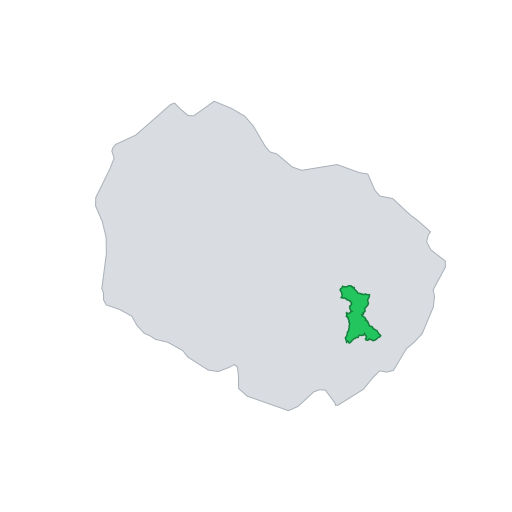 Drugovo, Drugovo, North Macedonia (highlighted), rotated 225°
{"feature_id": "65306769B99207835594431", "entity_name": "Drugovo", "entity_type": "district", "adm_level": 2, "iso_a3": "MKD", "parent_name": "North Macedonia", "parent_adm1": "Drugovo", "projection": "mercator", "projection_center": [20.907, 41.458], "detail": "fine", "context": "in_parent", "style": "filled", "palette": "green", "viewbox_px": 512, "rotation_deg": 225, "n_neighbors": 0, "source": "geoboundaries", "source_scale": "gbopen_adm2", "svg_char_len": 2753}
<svg xmlns="http://www.w3.org/2000/svg" viewBox="0 0 512 512"><g transform="rotate(225 256 256)"><path d="M233.1,136.3L240.8,137.4L257.7,132.5L268.2,125.9L273.5,124.9L280.6,122.3L290.9,122.7L301.3,125.6L314.4,121.8L327.4,115.5L332.6,117.1L338.2,122.4L341.9,123.8L363.4,151.8L375.2,163.2L389.1,171.7L404.9,178.0L410.6,184.0L420.7,213.7L425.5,224.9L432.2,228.3L433.8,231.5L434.1,235.8L426.5,256.5L423.5,302.9L421.6,306.6L413.7,306.4L403.2,307.4L399.2,311.0L395.0,335.8L378.1,342.9L362.8,346.9L349.8,346.0L327.1,340.1L319.7,339.5L313.4,342.9L293.1,344.6L284.2,349.0L263.3,378.0L242.1,387.9L234.9,393.0L218.7,386.6L211.0,385.9L199.8,393.3L175.3,394.1L168.6,395.3L149.7,396.5L148.9,392.5L145.4,386.7L136.6,384.0L118.6,386.3L114.2,382.0L106.8,357.4L101.0,353.5L94.5,345.2L83.5,318.4L83.2,306.6L84.0,296.4L77.9,272.2L81.7,266.1L87.3,262.3L87.4,252.5L85.8,237.7L92.5,208.6L94.3,206.5L96.0,207.9L112.2,210.2L116.4,206.5L119.1,200.8L119.9,179.4L123.8,169.5L163.0,150.7L174.6,150.0L183.4,158.6L190.4,164.2L194.6,164.0L196.2,158.4L200.9,147.7L209.0,141.6L232.8,136.3L233.1,136.3Z" fill="#d9dde1" stroke="#a8b0b8" stroke-width="1"/><path d="M151.8,280.0L151.8,279.5L150.5,279.1L149.5,277.2L148.8,277.2L148.4,277.8L147.0,277.1L146.7,277.3L146.1,276.6L144.2,276.0L143.7,274.9L142.0,274.7L141.0,272.7L139.5,271.4L139.2,270.6L137.7,268.5L137.6,267.0L135.4,263.9L134.9,261.2L132.4,260.0L130.9,259.1L130.9,260.7L128.9,260.3L128.3,260.6L128.1,263.3L128.4,264.3L128.1,267.3L127.6,267.9L127.4,269.4L126.2,270.6L127.0,272.7L126.6,273.6L125.2,274.3L124.0,276.2L124.5,278.0L123.1,277.4L120.8,277.2L120.6,276.4L119.7,275.6L120.0,274.7L119.2,274.4L117.7,275.0L117.2,275.7L117.4,277.4L117.0,277.4L114.5,278.7L113.4,278.8L113.0,279.4L112.1,281.3L112.0,284.6L111.3,286.1L111.4,287.8L113.3,288.0L114.0,287.7L117.9,288.8L118.7,288.2L120.3,288.1L121.1,287.5L123.8,288.2L126.5,286.7L128.4,287.8L129.9,288.0L130.0,288.5L130.9,288.3L131.7,288.7L133.1,288.1L133.0,288.8L135.0,289.4L137.9,289.1L138.6,288.7L139.3,289.0L139.7,289.3L139.2,289.8L139.0,291.2L140.2,291.4L139.7,293.9L140.7,294.9L141.9,295.3L142.2,300.0L142.8,301.8L146.0,303.8L147.0,307.2L148.4,308.9L150.2,307.1L151.8,306.6L152.7,304.6L154.1,304.3L154.7,303.4L155.5,303.4L157.5,301.8L158.9,302.2L163.3,302.2L164.1,303.1L164.6,303.1L165.0,302.2L166.2,302.4L166.6,301.9L167.8,302.1L169.5,300.3L170.2,298.1L172.6,296.1L173.4,295.9L172.7,294.1L173.0,292.6L172.5,291.4L169.3,290.6L168.5,289.8L167.4,289.3L166.6,288.0L166.4,286.8L164.6,287.8L164.0,288.7L162.0,289.6L161.2,289.2L157.7,290.8L157.4,290.4L155.7,290.7L154.9,289.6L154.5,289.6L154.1,288.7L154.3,287.1L153.7,286.7L153.7,286.0L152.1,285.0L150.0,284.4L149.1,284.6L149.6,283.6L149.4,281.4L151.2,279.8L151.8,280.0Z" fill="#22c55e" stroke="#15803d" stroke-width="1.5"/></g></svg>